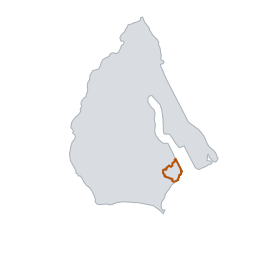 Foundiougne, Fatick, Senegal (highlighted), rotated 243°
{"feature_id": "50182788B85341589150678", "entity_name": "Foundiougne", "entity_type": "district", "adm_level": 2, "iso_a3": "SEN", "parent_name": "Senegal", "parent_adm1": "Fatick", "projection": "orthographic", "projection_center": [-16.407, 13.882], "detail": "fine", "context": "in_parent", "style": "outline", "palette": "amber", "viewbox_px": 256, "rotation_deg": 243, "n_neighbors": 0, "source": "geoboundaries", "source_scale": "gbopen_adm2", "svg_char_len": 5543}
<svg xmlns="http://www.w3.org/2000/svg" viewBox="0 0 256 256"><g transform="rotate(243 128 128)"><path d="M192.2,117.9L195.1,122.8L194.5,125.2L193.9,128.7L195.6,131.2L197.5,132.8L198.8,134.3L200.3,136.3L200.6,140.5L200.4,143.5L201.4,144.8L202.3,146.5L202.1,147.9L201.6,149.2L199.9,150.9L199.6,154.0L202.6,157.7L204.5,159.7L204.5,160.9L205.0,162.2L206.4,163.7L207.3,163.3L208.2,162.1L208.6,161.2L211.1,161.5L212.3,161.9L213.9,164.3L214.6,166.0L215.0,168.0L216.7,170.5L218.2,172.3L218.5,173.4L219.9,174.9L219.1,178.3L219.2,180.1L218.4,184.7L218.3,186.8L218.4,187.6L220.4,189.2L220.2,191.5L218.2,191.1L214.7,190.9L207.7,192.3L205.2,191.8L200.6,192.1L197.3,192.8L193.2,194.4L189.9,194.1L188.2,192.9L185.8,193.0L183.2,192.4L180.4,191.3L177.9,190.8L175.1,188.8L173.9,188.4L173.0,189.0L172.2,189.7L171.4,190.1L170.0,189.8L169.4,188.3L169.8,186.9L170.0,185.9L169.3,185.3L167.6,185.2L164.9,185.2L160.5,184.8L159.5,184.6L149.8,184.3L139.7,184.4L131.2,184.4L120.4,184.5L112.8,184.5L105.7,184.5L100.3,187.3L94.3,190.4L86.4,192.0L77.2,191.5L74.3,191.9L71.2,193.2L69.0,194.2L65.8,194.8L61.8,194.3L60.1,194.6L59.1,193.2L57.9,191.0L58.6,189.3L61.1,188.3L64.9,186.9L66.8,187.6L68.0,187.7L68.2,186.8L67.8,186.3L65.0,185.1L63.5,183.5L62.3,184.4L61.3,186.4L60.4,187.0L59.1,187.5L58.4,186.2L58.1,184.9L58.7,183.9L58.4,178.3L58.8,175.3L58.6,172.7L60.3,171.0L62.0,170.0L68.6,169.9L74.6,169.8L80.5,169.8L86.5,169.9L87.1,164.7L88.9,164.3L91.8,163.7L97.0,163.1L102.9,162.4L104.1,161.4L105.1,159.7L105.7,158.1L106.9,157.5L108.6,158.0L110.7,158.8L113.0,160.0L115.5,161.2L117.2,161.9L121.3,163.7L128.4,166.2L134.1,167.2L141.1,165.2L146.1,164.0L146.7,161.7L145.9,159.6L142.1,157.6L137.0,157.9L135.5,158.4L133.1,159.1L131.7,159.4L129.3,158.9L126.2,157.2L124.3,155.5L121.6,154.7L118.4,153.9L113.3,150.4L110.7,149.8L108.2,149.6L103.3,150.3L98.6,152.3L96.2,156.6L91.5,156.6L81.4,156.4L72.2,156.3L64.6,156.6L63.9,153.5L62.1,151.0L59.1,148.8L58.5,146.8L59.5,145.1L62.3,143.7L63.0,142.6L61.5,142.8L59.3,143.7L57.8,143.8L57.6,141.0L55.1,137.5L52.3,131.4L49.2,129.0L46.6,124.1L43.8,122.2L41.3,121.4L39.1,121.5L38.3,123.7L35.6,120.5L39.3,119.4L47.2,115.4L56.3,104.0L64.4,90.4L65.5,87.2L66.5,84.8L67.1,79.2L68.3,75.9L69.4,75.3L70.7,72.8L72.4,68.3L74.2,65.9L76.3,65.4L78.0,65.6L79.1,66.5L82.5,67.1L88.2,67.3L92.5,66.6L95.6,65.0L99.6,64.2L104.6,64.2L107.3,63.5L107.5,62.3L108.2,61.9L109.2,62.4L110.2,62.2L111.1,61.3L112.0,61.2L113.0,62.0L117.1,62.2L124.6,61.8L131.5,64.1L137.9,69.0L141.2,72.3L141.5,73.9L142.5,75.6L144.5,77.3L146.2,77.6L147.8,76.5L149.0,76.6L149.9,77.9L151.7,78.1L153.7,77.3L155.2,77.5L155.4,78.3L155.8,78.7L156.7,78.9L158.1,79.9L159.9,82.5L161.5,86.1L162.7,90.9L164.3,93.4L166.2,93.8L167.3,94.8L167.5,95.9L168.1,96.6L169.0,97.0L170.6,96.8L172.5,98.3L174.6,101.8L175.0,103.3L174.7,104.2L174.8,104.8L176.1,105.4L177.4,106.5L178.5,108.2L180.8,109.7L184.3,110.9L186.8,112.9L188.3,115.5L191.5,117.7L192.2,117.9Z" fill="#d9dde1" stroke="#a8b0b8" stroke-width="1"/><path d="M58.9,149.0L59.5,149.0L59.6,149.3L59.8,149.5L60.0,149.8L60.3,150.0L60.4,150.3L60.5,150.4L60.5,150.5L60.7,150.8L60.8,150.8L62.5,152.0L62.7,152.3L62.4,152.5L62.3,152.9L62.4,153.1L62.5,153.4L62.5,153.5L62.8,154.0L62.9,154.4L63.0,154.4L63.0,154.5L63.4,154.8L63.5,154.8L63.9,155.1L64.1,155.2L64.2,155.3L64.2,155.5L64.3,155.6L64.5,155.8L64.6,156.0L64.8,156.2L65.0,156.1L65.0,156.4L66.1,156.4L66.3,156.4L66.1,155.9L67.4,156.4L67.6,156.4L69.4,156.4L73.7,156.4L76.3,156.4L77.2,156.4L78.8,156.4L78.9,156.2L78.7,155.9L78.4,156.0L78.3,155.9L78.1,155.6L78.2,155.4L78.3,155.3L78.3,155.1L78.1,155.0L78.0,155.3L77.9,155.3L77.8,155.2L77.7,155.0L77.4,155.0L77.3,154.9L77.4,154.7L77.2,154.5L77.1,154.4L76.9,154.3L76.9,154.2L76.8,153.9L76.8,153.7L76.7,153.6L76.7,153.4L76.6,153.2L76.7,152.9L76.6,152.7L76.6,152.4L76.6,152.2L76.5,151.8L76.5,151.6L76.4,151.5L76.2,151.4L75.8,151.3L75.7,151.3L75.4,151.2L75.1,151.0L75.0,150.9L74.9,150.8L74.8,150.7L74.7,150.6L74.6,150.4L74.4,150.3L74.1,150.1L74.2,149.6L74.2,149.4L74.1,149.2L74.0,148.9L73.9,148.6L74.0,148.5L74.8,148.2L75.2,148.0L75.6,147.8L75.7,147.7L75.8,147.6L75.7,147.5L75.6,147.2L75.6,146.9L75.5,146.7L75.5,146.4L75.5,146.2L75.4,145.6L75.4,145.4L75.3,145.2L75.2,145.1L75.3,144.9L75.3,144.6L75.3,144.4L75.2,144.3L75.1,144.2L74.6,144.0L74.5,143.9L74.4,143.9L74.2,143.9L74.0,143.7L73.8,143.5L73.7,143.4L73.5,143.2L73.5,142.9L73.7,142.7L74.0,142.5L74.1,142.4L74.3,142.4L74.5,142.2L74.6,141.9L74.6,141.6L74.6,141.4L74.6,141.2L74.6,140.8L74.5,140.7L74.5,140.4L74.4,140.4L74.2,140.2L73.9,140.0L73.9,139.9L73.7,139.8L73.7,139.7L73.4,139.6L73.2,139.5L73.1,139.4L72.9,139.3L72.7,139.2L72.3,138.9L71.8,138.9L71.6,138.8L71.2,138.9L71.2,139.0L70.9,139.1L70.6,139.0L70.4,139.0L70.2,139.0L69.9,139.3L69.7,139.4L69.4,139.3L69.2,139.2L68.9,139.0L68.8,138.9L68.7,138.7L68.4,138.7L68.2,138.8L68.0,139.1L68.1,139.3L68.1,139.5L67.8,139.6L67.7,139.6L67.4,139.6L67.2,139.6L66.9,139.7L66.9,139.8L66.7,139.9L66.6,140.0L66.4,140.4L66.3,140.5L66.2,140.6L66.1,140.8L65.9,141.1L65.7,141.3L65.5,141.5L65.4,141.6L65.1,141.8L64.9,142.0L64.7,142.0L64.4,142.1L64.2,142.3L64.0,142.5L63.8,142.7L63.7,142.9L63.6,143.1L63.4,143.3L63.3,143.6L63.2,143.7L63.1,143.9L63.0,144.0L62.9,144.1L62.6,144.3L62.4,144.3L62.2,144.3L62.1,144.2L61.9,144.1L61.7,144.0L61.5,143.9L61.4,143.9L61.2,143.8L61.1,143.7L60.6,143.5L60.4,143.6L60.2,143.7L60.1,143.8L59.8,144.1L59.5,144.4L59.4,144.5L59.2,144.8L59.0,145.0L58.9,145.2L58.9,145.4L58.9,145.5L58.9,145.9L58.9,146.1L58.9,146.3L58.9,146.6L58.9,146.8L58.9,147.0L58.9,147.3L58.9,147.7L58.9,148.1L58.9,148.3L58.9,149.0Z" fill="none" stroke="#b45309" stroke-width="2"/></g></svg>